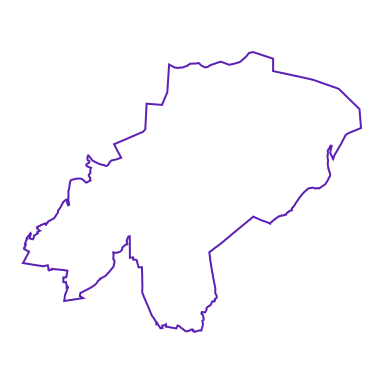 Apaxco, México, Mexico (Albers equal-area conic projection)
{"feature_id": "50627088B64276875266492", "entity_name": "Apaxco", "entity_type": "district", "adm_level": 2, "iso_a3": "MEX", "parent_name": "Mexico", "parent_adm1": "México", "projection": "albers", "projection_center": [-99.154, 19.981], "detail": "fine", "context": "isolated", "style": "outline", "palette": "violet", "viewbox_px": 384, "rotation_deg": 0, "n_neighbors": 0, "source": "geoboundaries", "source_scale": "gbopen_adm2", "svg_char_len": 5837}
<svg xmlns="http://www.w3.org/2000/svg" viewBox="0 0 384 384"><path d="M23.0,263.1L43.3,266.3L47.7,265.2L48.9,269.8L48.6,269.9L49.0,270.4L52.3,269.4L52.1,268.9L63.9,270.1L67.4,270.7L66.6,275.9L66.4,276.0L66.4,276.5L66.0,276.8L66.0,277.4L63.3,277.5L63.4,282.1L65.5,282.3L66.0,282.1L66.1,282.3L66.0,283.2L66.2,283.6L66.6,284.7L66.6,286.2L66.8,286.6L66.7,287.1L67.6,286.6L67.9,286.7L68.0,287.2L65.9,292.8L65.0,295.0L64.2,301.0L83.1,298.1L79.8,296.1L80.4,293.0L82.6,291.9L90.9,287.6L95.0,284.8L96.7,283.1L98.0,280.9L100.5,279.0L100.6,278.8L100.4,278.6L105.5,275.9L108.2,272.9L108.5,272.8L111.7,268.8L113.4,266.7L113.6,266.4L114.6,261.1L113.6,259.2L113.2,259.0L113.6,255.6L113.2,252.4L113.7,252.3L115.8,252.9L117.8,252.5L119.8,251.8L120.4,251.4L121.7,250.1L122.2,249.3L122.3,247.6L123.7,246.3L125.7,244.6L126.4,244.6L127.3,244.3L126.9,241.5L126.6,241.1L128.0,237.1L128.9,236.4L129.7,236.2L129.8,241.7L129.9,257.8L133.1,257.4L133.2,259.1L133.3,259.7L135.7,259.7L136.3,259.8L136.5,259.9L136.8,260.5L136.7,260.6L138.6,267.3L141.9,267.2L142.3,278.0L142.2,279.8L142.4,285.5L142.2,292.5L143.6,295.9L143.6,296.1L147.3,304.8L147.6,305.2L151.8,315.5L152.2,316.2L153.5,317.7L156.2,322.2L156.9,322.5L156.3,323.3L156.4,323.9L156.4,324.4L157.7,324.1L160.3,328.0L160.5,327.8L161.1,328.1L162.5,328.0L162.2,325.6L163.6,325.5L165.1,325.0L165.9,324.3L166.1,326.8L168.1,326.7L167.6,326.8L169.6,327.3L176.3,328.4L177.6,325.5L178.9,325.9L179.7,326.5L180.3,327.1L181.2,327.9L182.6,328.8L184.9,330.8L186.9,331.4L189.1,330.7L191.3,329.5L192.1,329.4L193.3,329.8L193.4,330.6L193.0,331.1L194.9,331.9L195.0,331.6L197.9,330.9L199.2,330.5L201.4,330.5L201.6,329.9L201.6,329.0L202.0,328.2L202.8,325.1L202.9,323.2L202.7,322.2L202.4,321.6L202.3,320.8L203.6,319.8L203.7,318.9L202.8,314.9L201.4,313.6L201.8,312.1L205.2,312.3L206.7,309.4L206.4,308.3L207.2,307.3L208.8,306.0L209.7,305.8L210.9,304.6L212.1,301.7L212.4,301.5L212.8,301.2L213.0,301.3L214.4,301.5L215.0,300.4L214.8,299.4L214.9,298.9L216.6,298.0L216.8,296.7L216.5,295.2L215.6,294.1L215.2,292.1L215.4,288.7L213.8,280.7L213.4,278.2L213.1,277.3L212.7,274.1L212.2,272.1L210.1,259.1L210.1,257.7L209.9,256.8L209.3,252.2L213.3,249.3L214.9,247.9L217.8,245.9L223.0,241.8L233.7,232.8L247.0,221.9L252.7,217.1L253.4,216.6L254.2,217.1L262.0,220.5L265.5,221.6L270.1,223.6L270.1,223.3L270.3,222.9L270.8,222.6L271.2,222.2L271.9,221.8L272.6,220.8L273.2,220.6L274.5,219.8L274.8,219.1L275.3,218.7L275.9,218.6L276.7,217.7L277.8,217.2L278.6,216.5L280.4,215.9L280.6,216.0L280.8,216.0L280.9,215.8L281.5,215.6L282.0,215.3L282.3,215.4L282.5,215.4L282.9,215.5L283.5,215.2L284.2,215.3L284.3,215.2L284.4,214.9L284.8,214.7L285.4,214.7L285.5,214.5L285.8,214.6L285.8,214.4L286.4,213.9L286.7,213.3L287.0,212.9L287.7,212.6L287.8,212.2L288.0,212.0L288.6,211.9L288.7,211.6L288.9,211.5L289.2,211.2L289.6,211.1L290.1,211.0L290.6,210.5L292.0,210.2L291.9,209.4L291.8,208.7L292.3,207.8L293.4,206.9L294.7,205.0L295.5,203.5L299.9,197.1L302.4,194.0L304.2,192.1L308.4,188.4L310.4,188.1L310.9,187.8L311.3,188.0L313.1,187.7L315.0,188.3L315.5,188.6L316.1,188.5L316.5,188.2L318.2,188.1L318.5,188.1L319.0,188.5L325.1,184.4L327.9,180.2L328.6,178.2L330.2,175.9L329.8,172.3L329.2,171.6L329.2,170.8L329.0,170.2L328.6,169.7L328.7,168.9L328.4,168.5L328.3,168.2L328.3,167.4L328.1,166.9L327.9,165.4L327.7,162.8L327.9,162.0L327.9,161.6L328.1,161.1L327.8,158.9L327.6,158.0L327.5,155.9L327.8,155.1L327.8,153.8L328.0,153.1L327.9,151.7L327.7,151.4L328.0,149.9L328.4,149.4L328.8,149.3L330.3,146.0L330.6,145.7L331.0,145.6L331.6,145.8L331.5,146.6L331.3,147.6L330.8,149.3L330.4,152.1L330.4,153.2L330.8,153.9L331.1,155.1L331.6,155.7L332.2,156.8L332.6,158.3L333.1,159.1L333.9,157.1L334.4,155.4L335.1,153.9L335.5,153.2L335.9,152.8L341.1,143.8L345.6,135.1L348.2,133.3L361.0,128.0L359.5,109.1L338.7,88.8L325.3,84.1L313.4,79.9L304.4,77.8L273.1,71.1L273.1,58.7L253.2,52.1L249.1,52.9L246.0,56.7L240.4,61.7L239.5,62.1L234.6,63.6L229.2,64.8L221.3,61.8L219.2,62.1L211.5,64.8L210.8,64.9L207.5,67.0L206.8,67.2L205.3,67.3L204.1,67.1L203.3,66.4L202.0,66.0L199.8,64.2L199.4,63.4L197.8,63.0L196.4,63.5L190.2,63.7L189.5,64.4L188.1,64.9L187.7,65.3L187.4,65.8L182.1,67.6L181.1,67.5L178.7,67.8L178.2,68.0L174.6,67.5L169.1,64.5L167.3,92.3L165.8,95.8L162.0,104.9L146.6,103.7L145.3,129.3L143.0,131.8L114.1,144.2L117.1,150.2L121.2,157.7L115.7,159.6L111.7,160.4L110.6,161.2L109.3,162.8L108.0,165.2L107.1,165.5L106.2,166.0L105.8,166.0L105.1,165.7L104.2,165.1L102.5,164.9L98.9,163.9L97.4,163.0L95.1,162.0L94.1,161.4L93.3,161.0L92.7,160.6L92.1,160.0L91.7,159.4L91.1,158.8L89.8,157.1L89.5,156.6L89.2,156.3L88.2,155.4L87.9,155.8L87.7,156.6L87.4,157.6L87.5,159.3L87.7,160.1L88.1,160.5L89.2,161.0L89.5,161.3L89.4,162.2L88.6,163.1L87.1,163.8L86.5,164.5L86.3,165.2L86.7,166.0L88.0,166.7L89.7,167.4L91.1,167.8L90.4,169.5L90.3,170.4L90.2,171.5L90.4,172.1L90.4,173.1L89.3,174.1L88.9,174.5L88.8,174.8L88.7,175.1L88.7,175.5L89.0,176.2L90.1,177.7L90.3,178.0L90.2,178.7L89.9,179.6L90.1,180.2L90.4,180.5L88.6,181.5L86.7,182.5L86.0,182.5L82.3,179.2L80.9,178.7L79.5,178.6L76.2,178.7L73.8,179.3L71.8,179.9L70.6,180.4L69.8,183.7L69.3,187.1L69.0,189.4L68.6,190.1L68.4,191.1L68.5,195.9L68.4,197.3L68.4,198.4L67.9,199.1L68.2,199.7L69.1,204.1L69.1,204.9L68.2,205.3L67.1,202.5L66.9,199.6L65.6,200.0L62.9,202.4L62.6,203.4L59.9,208.2L57.9,210.9L58.0,212.2L57.4,213.5L56.4,214.7L55.3,216.6L53.9,218.4L48.6,221.2L47.9,221.8L47.9,222.2L46.0,224.6L46.0,224.8L45.8,224.8L45.7,224.2L45.3,223.8L45.2,223.4L43.3,224.2L40.7,225.1L40.3,225.7L38.3,226.3L38.0,226.8L36.9,227.3L37.4,228.6L37.7,228.5L39.4,230.8L39.7,230.9L37.2,232.2L37.8,233.4L33.9,235.7L34.1,236.5L33.2,238.9L32.9,239.3L29.5,238.4L30.9,233.7L30.6,233.4L30.5,233.2L26.5,238.5L27.0,239.2L26.2,240.6L25.1,243.4L24.9,244.4L25.8,244.5L24.6,247.8L24.2,247.7L24.0,248.8L25.9,250.0L27.2,250.7L28.2,251.2L28.8,251.3L29.0,251.8L23.0,263.1Z" fill="none" stroke="#5b21b6" stroke-width="2"/></svg>